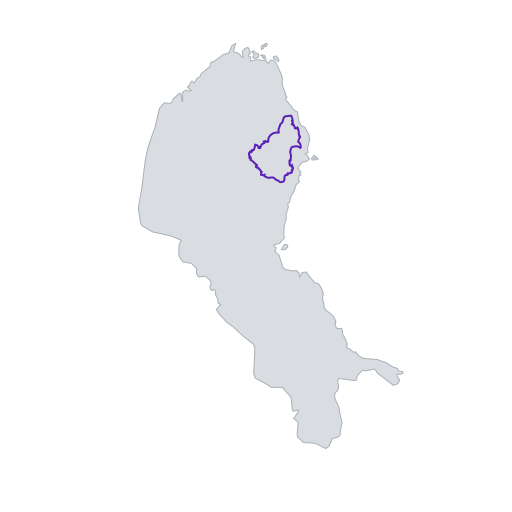 location of Southern Ostrobothnia within Finland, rotated 158°
{"feature_id": "FIN-3183", "entity_name": "Southern Ostrobothnia", "entity_type": "Province", "adm_level": 1, "iso_a3": "FIN", "parent_name": "Finland", "parent_adm1": "", "projection": "orthographic", "projection_center": [23.15, 62.738], "detail": "fine", "context": "in_parent", "style": "outline", "palette": "violet", "viewbox_px": 512, "rotation_deg": 158, "n_neighbors": 0, "source": "natural_earth", "source_scale": "10m", "svg_char_len": 7222}
<svg xmlns="http://www.w3.org/2000/svg" viewBox="0 0 512 512"><g transform="rotate(158 256 256)"><path d="M215.5,222.4L213.6,215.1L211.3,208.8L208.7,207.2L207.9,204.7L207.4,199.6L207.8,195.6L210.4,191.8L210.8,186.6L212.2,182.5L211.5,179.8L207.3,172.3L206.7,169.9L206.4,165.7L208.7,161.9L208.0,158.2L203.7,156.8L203.9,154.5L205.0,150.6L204.4,147.4L204.3,140.3L206.4,137.1L203.9,134.6L201.6,130.2L199.5,129.9L198.3,125.1L194.7,120.8L182.3,114.5L174.7,107.6L170.8,102.0L167.1,98.8L166.8,95.9L163.0,93.5L163.9,92.3L166.9,92.3L169.4,93.6L170.3,92.0L169.4,87.8L169.6,86.7L172.5,84.5L177.1,84.6L186.9,101.3L188.4,106.7L197.9,108.6L199.0,109.9L201.6,109.6L207.1,107.0L209.2,103.3L211.3,103.6L225.1,111.4L227.2,109.6L228.3,104.5L229.3,102.3L230.8,100.6L233.9,99.5L236.2,95.3L235.9,83.8L237.0,80.4L238.7,69.0L242.5,63.7L245.2,58.3L248.1,57.4L253.5,58.1L259.4,52.4L263.4,51.3L271.3,60.2L281.9,65.3L285.3,72.8L284.3,76.1L279.6,85.1L279.6,87.4L281.9,91.1L274.5,96.4L275.1,97.6L279.4,97.9L280.0,99.5L276.7,110.8L276.7,112.8L280.9,124.3L291.1,128.5L294.3,133.4L302.4,143.0L302.2,147.9L293.4,166.7L291.4,171.9L291.4,175.1L299.1,188.7L303.4,198.5L307.9,205.5L312.2,217.2L312.8,221.3L306.8,224.3L308.7,226.3L307.6,230.2L308.0,235.6L306.6,239.3L307.0,240.3L310.1,240.7L310.6,243.0L310.5,244.5L307.7,247.6L307.7,250.4L309.8,255.1L311.3,256.6L316.4,257.7L317.2,258.9L317.7,262.3L315.8,266.0L316.0,267.3L318.7,273.4L325.8,277.8L326.9,281.5L327.2,284.0L327.1,286.3L322.9,295.5L319.4,298.6L327.9,306.9L342.8,317.0L350.0,326.3L350.8,329.0L347.9,342.1L346.5,345.7L336.8,361.1L323.0,385.9L315.6,397.0L300.8,413.9L290.1,429.1L283.7,432.4L278.5,429.6L276.0,430.5L273.7,432.8L265.6,435.6L265.2,433.3L266.6,427.0L265.9,427.1L264.6,430.1L264.0,433.5L262.5,435.3L259.1,436.2L255.7,433.6L254.1,433.7L256.0,437.7L255.9,438.9L254.2,438.8L250.6,442.1L249.7,442.1L248.5,439.5L244.6,442.6L240.9,443.2L238.8,445.4L227.9,448.9L224.9,452.7L222.8,451.9L210.5,455.1L205.3,454.3L199.7,459.9L195.3,460.7L199.8,454.9L200.0,452.9L197.7,451.9L196.0,449.8L194.3,445.4L193.5,445.2L192.0,450.7L189.0,452.6L185.4,452.5L184.9,450.1L185.6,447.9L185.0,447.5L185.6,445.7L187.5,445.5L188.0,444.6L188.0,443.5L186.5,442.5L187.9,438.6L181.5,437.7L173.6,433.4L172.8,429.8L168.9,432.3L165.5,429.6L165.1,428.0L164.5,414.8L164.9,411.1L167.0,406.8L167.7,402.4L167.8,394.3L168.9,394.3L167.7,391.6L169.5,391.0L169.8,390.0L166.0,377.1L163.6,374.0L165.7,364.7L165.6,362.6L165.3,360.0L162.5,357.1L161.6,348.7L162.5,344.1L168.4,335.9L168.8,332.6L172.0,332.4L170.6,329.4L170.2,325.8L174.9,324.6L176.5,325.7L180.6,324.4L184.2,321.8L182.9,316.7L184.7,316.6L184.2,315.3L184.3,314.1L185.7,314.6L188.0,311.1L188.1,308.4L192.1,307.0L196.7,301.5L200.8,298.6L205.1,293.0L206.9,292.8L207.8,289.1L212.5,283.4L214.1,279.0L218.4,273.7L222.5,264.8L222.9,262.3L229.4,258.8L235.3,259.6L235.1,257.3L234.1,256.0L236.5,253.6L235.8,250.1L234.3,248.3L235.4,234.9L233.6,232.3L226.8,228.0L224.1,227.6L222.5,224.2L223.1,220.1L219.6,223.3L215.5,222.4ZM178.9,439.4L183.4,439.5L184.6,441.6L182.5,442.9L182.4,444.6L183.4,447.1L181.4,447.1L180.0,444.2L177.9,442.2L178.9,439.4ZM227.7,254.6L225.2,256.0L223.1,255.2L223.0,252.6L226.5,250.8L230.1,252.6L228.4,253.2L227.7,254.6ZM164.8,322.7L164.6,324.9L167.1,323.4L168.1,324.1L167.9,326.0L167.0,325.6L164.9,327.7L163.1,325.8L162.1,322.6L164.8,322.7ZM165.8,432.3L165.4,434.1L162.7,434.2L161.7,432.3L161.2,429.2L162.3,427.8L162.9,429.5L165.8,432.3ZM176.3,440.2L174.8,440.3L172.8,438.3L172.6,437.5L173.4,437.1L173.1,434.8L174.6,436.1L175.5,437.6L174.6,437.9L176.3,440.2ZM172.9,447.9L170.9,449.2L170.2,448.9L170.4,446.6L171.6,445.6L173.6,445.5L172.9,447.9ZM168.9,449.1L167.1,449.5L166.0,448.3L167.7,446.5L169.0,446.7L169.3,447.8L168.9,449.1Z" fill="#d9dde1" stroke="#a8b0b8" stroke-width="1"/><path d="M208.9,319.1L209.2,320.0L209.7,320.9L210.2,321.6L210.7,322.2L211.3,322.7L212.0,323.0L215.1,323.7L216.3,324.7L218.0,326.5L218.4,327.2L218.0,327.5L217.8,327.7L217.6,328.1L218.3,328.1L220.9,329.3L220.6,330.3L220.3,331.0L219.8,331.5L219.2,331.7L219.5,332.7L219.6,332.8L219.7,332.7L219.8,332.7L219.9,333.0L219.9,333.4L219.9,333.9L220.0,334.3L220.1,334.8L220.3,335.2L220.6,335.5L220.8,336.0L220.8,336.7L221.1,337.3L221.5,337.4L222.1,337.6L222.5,338.2L222.7,338.7L222.5,339.3L221.4,339.5L221.2,339.6L221.2,340.3L222.3,342.2L223.8,345.5L224.4,346.5L224.8,346.9L225.1,347.5L224.2,348.5L224.0,348.8L224.1,349.2L224.6,349.2L225.2,349.1L225.3,349.2L225.3,349.5L225.2,349.6L224.8,349.6L224.9,349.8L224.9,350.0L225.0,350.4L225.0,350.5L224.6,350.8L224.5,351.0L224.6,351.4L224.6,351.6L224.4,351.5L224.4,351.9L224.4,352.0L224.4,352.6L224.3,353.1L224.1,353.4L224.1,353.5L224.1,353.8L223.9,354.0L223.7,354.0L223.1,354.4L222.7,354.8L222.4,354.5L222.2,354.2L221.8,354.1L221.6,354.0L220.7,354.3L220.8,354.8L220.9,355.2L220.7,355.6L220.3,355.7L218.8,355.2L218.4,355.3L217.8,355.7L217.2,356.4L215.7,358.4L215.1,359.5L213.8,358.5L213.3,357.8L213.0,356.5L213.0,356.2L213.1,355.8L213.1,355.3L212.9,354.9L212.6,354.8L212.3,355.1L212.1,355.5L211.9,355.6L211.8,354.7L211.7,354.6L211.3,354.9L211.3,355.1L211.4,355.3L211.1,355.6L210.7,355.8L210.2,356.1L209.2,357.1L208.4,357.5L206.1,357.6L205.6,357.8L205.7,358.0L205.7,358.4L205.8,359.2L205.6,359.2L205.4,359.1L204.1,359.0L203.7,358.7L203.1,357.8L202.9,357.5L202.1,357.4L201.6,357.9L200.8,359.7L199.4,361.4L197.4,362.6L195.3,363.2L193.3,363.3L190.8,362.8L189.2,362.0L188.6,362.0L188.3,363.3L188.1,364.1L187.8,364.7L187.1,365.6L185.2,367.7L184.8,368.2L184.0,369.1L181.9,369.9L180.9,370.7L178.8,373.5L177.9,374.2L176.3,374.5L171.0,373.0L170.9,372.8L170.8,372.6L170.8,372.4L170.7,372.3L170.8,371.7L170.9,369.4L171.2,368.1L172.0,367.9L172.1,367.5L171.9,367.0L171.7,366.6L171.7,366.0L172.0,365.6L172.5,365.3L173.3,365.1L173.4,364.6L173.2,364.3L172.9,363.9L172.4,363.6L172.1,363.6L171.8,363.1L171.9,362.6L171.9,361.8L171.8,361.2L171.7,360.8L171.6,360.4L172.0,360.3L172.0,359.8L171.7,359.5L171.1,359.2L169.6,359.6L169.7,359.0L169.6,358.9L169.4,358.9L169.2,358.6L169.3,358.2L169.5,358.0L169.6,357.4L169.6,356.7L169.5,356.4L169.7,355.6L170.3,354.0L170.7,352.7L170.8,352.1L170.9,351.5L170.6,351.5L170.5,351.2L170.5,350.5L170.5,349.8L171.4,349.2L172.4,348.3L173.8,346.6L174.0,345.8L173.8,345.6L173.5,344.9L173.3,344.5L173.1,343.6L173.1,343.0L173.3,341.6L173.5,340.9L173.8,340.3L173.9,339.9L174.4,339.7L175.8,341.5L176.6,342.1L177.9,342.8L181.4,343.6L182.0,343.5L182.6,343.1L183.4,342.4L185.0,340.2L185.3,339.9L185.5,339.1L185.5,338.1L185.8,337.0L185.9,336.6L186.0,335.9L187.3,333.1L187.6,332.6L187.9,332.3L188.3,332.2L188.1,332.0L188.1,331.8L188.2,331.4L188.9,331.1L189.1,331.1L189.5,331.2L190.0,330.0L190.0,329.6L189.9,329.4L190.0,329.1L190.3,328.9L190.5,328.8L190.5,328.5L190.6,327.4L190.3,326.7L189.2,326.8L188.8,326.9L189.1,325.8L189.1,325.7L188.9,325.7L188.7,325.8L188.7,325.7L188.9,325.3L189.2,324.9L189.2,324.6L188.7,324.4L188.6,323.8L188.8,323.4L189.4,322.9L190.3,322.6L190.5,322.4L190.2,321.7L190.4,321.5L191.9,320.5L191.7,320.1L192.2,320.0L194.0,320.1L195.1,320.5L195.6,320.8L196.0,320.6L195.9,320.0L196.2,319.5L196.6,319.5L198.5,319.9L199.2,319.6L199.9,318.6L201.1,316.2L201.7,315.4L202.6,314.8L203.4,314.8L204.4,314.9L205.4,315.2L206.2,315.7L206.4,316.1L207.0,317.2L207.3,317.7L208.0,318.4L208.9,319.1Z" fill="none" stroke="#5b21b6" stroke-width="2"/></g></svg>